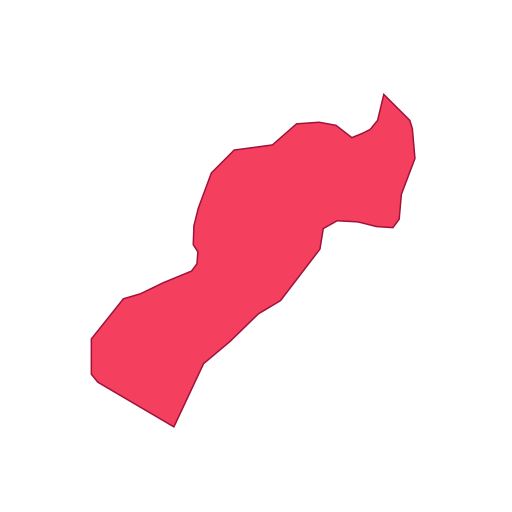 outline of Brezovica, rotated 58°
{"feature_id": "SVN-940", "entity_name": "Brezovica", "entity_type": "Municipality", "adm_level": 1, "iso_a3": "SVN", "parent_name": "Slovenia", "parent_adm1": "", "projection": "albers", "projection_center": [14.418, 45.949], "detail": "fine", "context": "isolated", "style": "filled", "palette": "rose", "viewbox_px": 512, "rotation_deg": 58, "n_neighbors": 0, "source": "natural_earth", "source_scale": "10m", "svg_char_len": 643}
<svg xmlns="http://www.w3.org/2000/svg" viewBox="0 0 512 512"><g transform="rotate(58 256 256)"><path d="M222.5,53.7L230.8,55.9L257.5,69.5L280.7,100.0L300.7,115.1L304.5,124.9L294.9,138.2L281.0,151.6L269.1,168.5L268.4,184.4L284.0,198.1L306.8,258.8L306.3,284.6L314.7,323.3L319.5,357.5L357.4,416.2L279.3,457.0L269.0,458.3L239.1,439.6L222.0,391.1L226.8,374.0L229.5,348.8L234.6,318.6L231.3,310.2L221.7,303.1L213.1,303.2L197.4,292.6L184.8,279.5L161.9,249.8L154.6,218.3L170.5,183.2L165.4,151.6L176.0,131.6L187.6,118.9L206.4,112.0L208.4,100.4L209.2,92.1L205.4,81.0L186.7,62.0L222.5,53.7Z" fill="#f43f5e" stroke="#9f1239" stroke-width="1.5"/></g></svg>